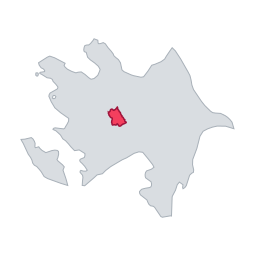 Barda District, Bərdə, Azerbaijan shown in context, rotated 5°
{"feature_id": "54616110B76249555634218", "entity_name": "Barda District", "entity_type": "district", "adm_level": 2, "iso_a3": "AZE", "parent_name": "Azerbaijan", "parent_adm1": "Bərdə", "projection": "orthographic", "projection_center": [47.218, 40.364], "detail": "fine", "context": "in_parent", "style": "filled", "palette": "rose", "viewbox_px": 256, "rotation_deg": 5, "n_neighbors": 0, "source": "geoboundaries", "source_scale": "gbopen_adm2", "svg_char_len": 4487}
<svg xmlns="http://www.w3.org/2000/svg" viewBox="0 0 256 256"><g transform="rotate(5 128 128)"><path d="M179.0,211.9L177.9,211.8L170.0,213.9L168.4,213.3L161.5,204.8L160.1,203.8L157.2,203.5L155.4,202.1L154.0,199.8L153.2,198.1L146.2,193.5L145.2,191.8L145.0,190.3L146.0,188.9L147.2,187.7L150.6,186.5L154.5,185.5L155.8,184.8L156.4,183.5L156.3,181.5L155.7,179.6L149.9,176.1L149.3,174.5L149.1,172.6L149.4,170.7L150.3,169.1L154.9,167.0L157.3,164.8L155.8,162.4L150.7,156.9L144.8,150.9L140.9,150.8L136.3,152.7L129.1,157.9L125.1,160.1L119.9,163.8L114.2,167.9L109.5,172.2L106.5,175.8L101.3,177.4L98.7,180.3L89.9,189.3L87.4,189.2L87.3,184.7L87.4,181.2L86.9,179.1L84.1,176.3L84.1,175.1L84.8,174.3L87.0,174.8L89.8,174.7L91.1,173.6L88.2,169.9L85.5,167.4L83.3,165.7L82.8,164.7L82.8,164.0L83.3,163.2L87.1,161.2L87.5,159.3L87.3,157.2L81.3,154.1L76.7,155.2L72.7,151.7L70.1,149.0L66.9,146.1L64.0,144.5L61.3,140.8L56.5,137.1L53.4,136.0L53.5,135.4L54.1,134.7L55.4,134.2L64.0,134.5L65.0,133.8L65.6,132.2L66.8,129.9L68.2,126.5L68.1,123.6L59.6,118.7L53.4,114.3L49.2,108.5L46.4,103.3L46.6,101.5L47.4,99.9L54.2,95.2L54.6,94.0L54.5,93.1L52.2,90.6L49.3,88.1L48.4,86.2L46.5,85.2L43.0,85.0L36.8,81.8L35.5,81.5L35.3,80.8L35.6,80.2L40.0,79.1L40.0,78.0L38.7,76.6L36.2,75.6L34.0,73.0L33.2,70.8L41.4,64.5L43.8,63.2L48.9,64.5L59.7,69.0L58.9,71.4L60.0,72.8L62.5,74.7L67.2,76.6L71.3,77.6L73.3,76.8L76.5,76.2L80.5,78.4L84.2,81.1L86.0,82.2L87.0,82.6L89.9,81.7L93.3,78.2L94.7,74.0L95.1,72.0L93.1,69.1L89.1,66.1L84.5,63.4L81.6,61.0L79.8,56.3L77.9,55.8L77.4,55.1L77.1,53.6L77.3,51.3L77.9,49.6L79.8,48.9L81.6,48.7L83.3,47.1L85.5,43.9L86.4,42.1L90.3,43.2L90.8,46.0L91.5,46.6L93.2,46.3L95.9,45.1L98.1,46.1L100.9,49.5L104.7,53.1L106.8,55.5L107.6,57.2L109.6,58.8L112.5,60.7L114.8,63.7L116.9,70.6L119.0,72.2L126.5,74.8L129.1,75.4L136.5,76.3L139.1,75.6L142.9,69.6L146.2,63.4L149.4,62.1L155.1,59.1L158.5,56.2L159.9,53.2L163.1,47.4L165.0,44.2L168.4,47.0L174.4,54.6L183.0,67.0L185.2,70.5L186.6,74.6L187.9,79.6L189.9,84.0L198.8,95.0L202.6,99.0L208.8,104.1L211.0,105.3L213.8,105.5L219.0,105.4L223.9,107.3L226.3,108.7L228.8,110.7L231.1,113.1L233.6,119.5L225.1,117.7L216.7,118.3L212.0,119.8L207.4,121.9L203.1,124.7L200.4,130.0L198.4,142.3L195.2,153.8L195.5,159.0L197.1,164.1L197.0,166.5L195.4,167.5L193.5,169.7L191.1,180.3L189.8,182.4L188.1,183.7L187.6,182.5L187.7,179.7L183.9,177.4L182.0,180.2L180.7,185.9L178.1,192.1L178.0,193.2L179.0,211.9ZM53.0,104.5L53.4,102.9L52.4,102.1L51.2,102.0L50.3,102.8L50.2,104.9L51.6,105.3L53.0,104.5ZM24.2,151.4L23.0,149.7L22.4,148.7L26.2,148.1L32.5,146.0L34.2,147.1L35.9,149.4L36.8,151.4L36.9,155.1L37.6,155.7L40.7,154.5L42.0,156.0L44.3,157.8L48.3,159.7L54.2,157.1L57.1,156.4L59.5,156.5L60.8,157.4L61.2,160.2L60.7,163.7L60.0,165.6L61.2,167.0L66.0,170.4L67.9,172.3L66.9,175.6L70.4,183.5L71.6,186.6L73.0,190.5L65.6,188.9L52.4,185.4L48.7,183.7L45.4,179.2L43.4,177.1L40.4,174.3L37.9,173.2L36.1,171.2L35.1,168.4L33.5,165.8L30.9,162.8L25.0,152.5L24.2,151.4ZM33.7,83.8L32.9,84.3L31.7,83.7L31.4,82.5L31.5,81.2L32.7,80.9L33.7,81.3L34.0,82.5L33.7,83.8Z" fill="#d9dde1" stroke="#a8b0b8" stroke-width="1"/><path d="M107.1,113.9L107.2,114.4L107.2,115.2L107.7,115.9L107.8,116.2L107.9,116.8L108.5,117.4L108.8,117.8L109.1,118.1L109.4,118.6L110.0,119.1L110.6,119.3L111.2,119.4L111.4,119.7L111.5,120.2L111.5,121.0L111.4,121.5L111.2,122.3L111.2,123.0L111.2,124.0L111.7,124.9L111.8,125.7L112.0,126.1L112.5,126.4L113.3,126.1L113.7,126.0L114.4,125.9L114.9,126.1L115.5,126.1L116.0,126.0L116.2,125.7L116.5,125.1L117.0,124.8L117.4,125.1L117.9,125.6L118.1,126.1L118.9,126.8L119.4,126.9L120.2,126.7L120.8,126.3L121.1,125.8L121.7,125.4L122.1,124.9L122.7,124.5L123.2,124.4L123.4,124.2L124.3,123.8L124.7,123.5L125.3,123.0L125.7,122.8L125.6,122.3L125.2,122.0L124.3,121.6L124.0,120.7L124.1,120.0L123.8,119.8L123.2,119.6L122.9,119.0L122.8,118.8L122.5,118.3L122.3,118.1L122.0,117.7L121.5,117.5L121.0,117.2L121.0,116.4L120.5,116.0L119.9,115.3L119.7,114.9L119.3,114.3L119.2,113.6L118.8,113.0L118.1,112.6L117.7,112.1L117.5,111.6L117.2,111.1L116.6,110.6L116.2,110.2L116.1,109.7L115.9,109.1L115.8,108.4L115.5,108.1L115.3,108.4L115.1,108.9L114.8,109.3L114.5,109.6L114.2,110.1L114.1,110.3L113.8,110.6L113.6,110.8L113.2,111.0L112.9,111.2L112.8,111.4L112.4,111.6L111.8,111.6L111.6,111.3L111.3,111.0L110.8,110.7L110.4,110.6L110.2,110.6L109.8,110.7L109.6,110.8L109.4,111.0L109.2,111.2L109.0,111.4L108.9,111.7L108.8,112.0L108.8,112.5L108.5,113.2L108.2,113.4L107.7,113.9L107.3,114.0L107.1,113.9Z" fill="#f43f5e" stroke="#9f1239" stroke-width="1.5"/></g></svg>